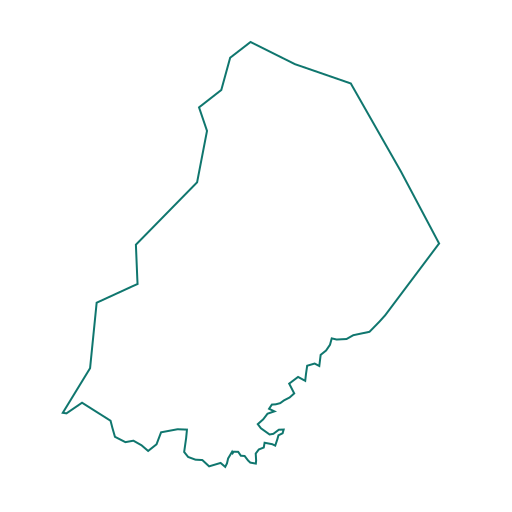 the district of Prodromos, Limassol, Cyprus, rotated 274°
{"feature_id": "46923920B98027274142327", "entity_name": "Prodromos", "entity_type": "district", "adm_level": 2, "iso_a3": "CYP", "parent_name": "Cyprus", "parent_adm1": "Limassol", "projection": "natural_earth1", "projection_center": [32.829, 34.941], "detail": "fine", "context": "isolated", "style": "outline", "palette": "teal", "viewbox_px": 512, "rotation_deg": 274, "n_neighbors": 0, "source": "geoboundaries", "source_scale": "gbopen_adm2", "svg_char_len": 1262}
<svg xmlns="http://www.w3.org/2000/svg" viewBox="0 0 512 512"><g transform="rotate(274 256 256)"><path d="M400.3,188.8L377.4,198.4L325.4,192.1L258.9,135.4L224.8,139.2L219.8,139.8L217.0,134.5L198.3,100.3L132.5,98.3L86.1,74.2L85.8,77.9L97.5,92.7L81.5,122.4L74.6,124.7L65.8,127.9L61.2,138.7L63.2,146.6L59.2,155.0L54.0,162.0L61.2,169.9L73.5,173.6L77.7,189.8L78.0,199.2L76.4,199.2L69.4,199.0L55.5,198.0L50.8,202.3L48.6,209.8L48.7,216.7L42.9,223.9L47.1,235.1L43.5,240.0L47.1,241.5L52.1,242.3L59.0,245.8L57.7,246.5L59.2,247.4L59.4,251.9L55.7,254.8L55.7,258.6L51.5,262.3L49.5,264.7L48.9,270.3L51.9,270.4L58.9,269.5L63.2,272.3L65.5,277.1L70.3,277.6L69.4,285.3L68.2,288.4L74.8,290.1L78.7,290.9L81.0,294.9L84.8,295.7L84.3,290.9L79.8,285.7L78.9,282.0L84.5,272.9L88.4,269.5L93.6,274.6L99.5,278.5L102.3,285.2L104.5,279.7L108.9,282.2L109.4,286.0L110.9,290.4L114.0,294.1L117.2,299.4L121.6,303.7L131.0,298.0L138.3,306.4L134.9,313.8L141.9,314.1L150.1,314.7L152.8,322.0L150.7,326.8L161.9,327.4L166.6,332.5L172.6,336.0L179.1,337.3L178.3,342.3L179.5,352.1L183.8,358.6L188.3,374.5L199.0,383.6L205.9,389.0L280.7,437.4L281.2,437.8L350.2,394.8L432.8,339.8L434.7,338.6L450.1,281.4L469.1,235.6L452.0,216.4L419.2,209.8L400.3,188.8Z" fill="none" stroke="#0f766e" stroke-width="2"/></g></svg>